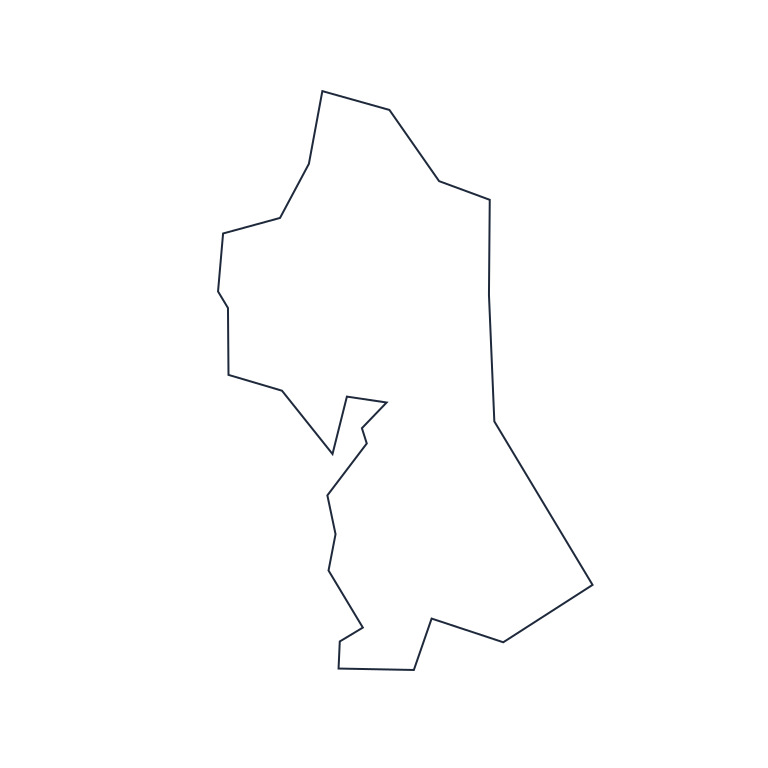 map outline of Tuen Mun (Natural Earth projection), rotated 59°
{"feature_id": "HKG-5166", "entity_name": "Tuen Mun", "entity_type": "state/province", "adm_level": 1, "iso_a3": "HKG", "parent_name": "Hong Kong S.A.R.", "parent_adm1": "", "projection": "natural_earth1", "projection_center": [113.971, 22.389], "detail": "fine", "context": "isolated", "style": "outline", "palette": "slate", "viewbox_px": 768, "rotation_deg": 59, "n_neighbors": 0, "source": "natural_earth", "source_scale": "10m", "svg_char_len": 513}
<svg xmlns="http://www.w3.org/2000/svg" viewBox="0 0 768 768"><g transform="rotate(59 384 384)"><path d="M604.5,569.5L581.9,554.5L581.9,527.6L515.3,527.6L487.8,502.9L450.3,489.9L426.1,429.4L410.5,425.7L401.2,391.3L375.7,422.3L417.5,464.2L337.2,474.9L296.1,512.6L238.5,478.6L219.2,478.6L172.1,444.4L188.1,387.6L156.6,335.0L101.2,286.0L151.9,238.2L238.5,232.3L280.6,198.5L361.6,248.1L472.9,308.7L663.6,308.7L666.8,414.8L609.6,464.0L644.5,505.7L604.5,569.5Z" fill="none" stroke="#1e293b" stroke-width="2"/></g></svg>